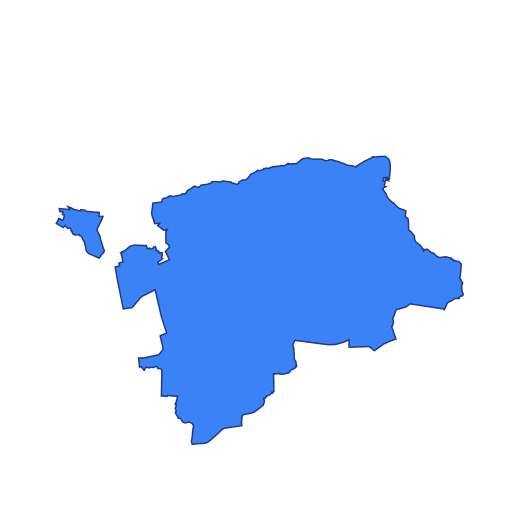 Otumba, México, Mexico (Mercator projection), rotated 323°
{"feature_id": "50627088B37171022679347", "entity_name": "Otumba", "entity_type": "district", "adm_level": 2, "iso_a3": "MEX", "parent_name": "Mexico", "parent_adm1": "México", "projection": "mercator", "projection_center": [-98.764, 19.669], "detail": "fine", "context": "isolated", "style": "filled", "palette": "blue", "viewbox_px": 512, "rotation_deg": 323, "n_neighbors": 0, "source": "geoboundaries", "source_scale": "gbopen_adm2", "svg_char_len": 6147}
<svg xmlns="http://www.w3.org/2000/svg" viewBox="0 0 512 512"><g transform="rotate(323 256 256)"><path d="M409.0,274.5L415.9,267.0L419.4,261.7L420.3,258.6L419.3,254.3L414.1,250.6L410.5,248.5L409.6,247.4L408.6,246.9L408.0,247.3L399.7,245.6L390.7,244.7L389.3,245.2L388.3,243.2L384.7,239.4L383.4,238.3L381.4,234.3L379.7,232.6L379.2,230.8L377.0,228.4L374.6,224.8L372.7,223.4L369.7,222.6L368.7,221.7L367.5,219.3L366.5,218.0L360.2,213.3L358.5,211.6L357.1,209.2L355.5,208.6L355.0,207.9L353.6,207.4L353.0,206.8L351.6,206.4L350.9,206.5L350.0,206.1L349.4,206.5L347.5,206.4L346.3,206.8L343.4,206.5L342.3,205.3L341.0,204.6L340.4,203.8L339.1,203.9L338.2,202.2L337.5,202.2L337.5,201.6L336.9,201.1L336.1,201.4L332.6,200.9L330.4,198.7L329.3,198.5L327.0,197.3L325.9,196.3L323.6,195.3L323.2,194.7L320.7,194.2L320.4,193.9L319.8,193.8L319.4,194.0L316.3,191.5L314.6,191.5L314.5,191.1L314.3,191.3L313.3,190.9L312.3,190.9L310.6,190.2L310.1,190.2L308.9,188.5L306.1,188.7L300.6,187.5L300.1,187.9L296.7,188.9L294.0,189.0L293.3,188.9L290.7,186.9L288.3,187.1L287.3,186.5L285.6,187.6L284.1,187.4L282.6,185.8L282.1,184.4L280.7,183.9L280.7,182.1L274.5,175.9L272.6,175.6L271.0,174.7L268.0,171.8L266.4,171.1L266.0,170.3L265.6,170.1L264.3,170.8L263.6,170.5L259.9,169.2L254.7,166.3L252.0,167.0L249.8,164.8L249.7,164.0L249.2,163.5L246.8,162.9L244.7,163.1L242.0,162.6L240.5,162.6L238.2,163.5L236.3,163.3L234.3,161.9L233.6,162.1L231.6,161.5L225.6,158.7L224.2,156.8L223.3,156.4L222.9,155.9L222.1,155.8L221.7,156.1L220.7,155.6L218.8,155.5L216.8,154.2L214.8,154.6L213.3,156.3L205.5,151.7L198.3,159.1L196.5,163.3L196.3,165.2L196.1,165.1L195.5,166.4L195.8,166.6L194.4,169.1L198.8,171.7L195.8,172.4L197.8,179.9L201.1,181.4L200.2,181.8L199.1,181.8L192.3,190.8L192.0,191.7L193.0,194.6L192.3,196.3L192.4,196.8L186.4,197.8L184.7,206.9L173.3,204.2L174.0,202.0L179.0,201.9L178.7,201.7L182.0,198.4L183.0,196.8L180.5,195.4L181.1,194.1L180.7,192.2L179.5,191.6L180.6,190.0L181.3,188.0L179.4,187.2L177.9,187.9L175.7,186.9L176.0,185.8L173.8,184.9L174.7,181.5L174.5,181.1L172.7,180.7L172.4,179.8L165.0,173.8L161.2,172.4L154.2,172.8L151.6,172.0L151.7,172.9L149.9,172.0L149.9,172.6L146.4,180.6L142.2,179.2L141.2,181.8L136.9,180.1L130.5,192.6L118.2,218.4L125.9,222.6L140.2,219.5L155.1,222.3L144.0,247.4L138.3,263.7L137.3,263.8L135.8,263.0L134.9,263.0L133.0,262.3L131.3,262.2L127.6,271.0L125.7,274.6L119.0,276.4L105.0,269.8L100.8,266.8L96.1,274.6L96.6,274.6L98.1,275.7L97.7,276.2L97.8,279.5L98.0,280.0L98.3,280.0L101.0,278.5L103.1,280.8L106.1,282.3L106.7,283.2L109.5,284.0L110.3,284.8L110.3,285.3L109.9,286.3L110.1,287.0L111.6,288.3L112.3,289.5L112.3,290.4L96.2,310.9L100.2,314.2L100.8,314.6L101.2,314.2L104.8,316.9L104.6,317.2L108.8,320.7L108.0,321.7L106.8,322.5L106.2,323.4L103.8,324.8L103.5,325.5L102.9,325.3L102.4,325.5L102.3,326.1L102.7,326.5L102.6,327.2L101.7,327.6L101.5,328.3L99.8,329.1L98.9,332.1L97.7,332.3L97.2,332.9L96.7,338.4L96.3,338.6L96.5,339.2L97.4,339.7L97.9,340.5L97.5,344.5L98.6,346.3L100.6,347.5L101.7,347.5L102.8,348.4L104.2,351.1L104.0,353.9L100.1,357.7L96.1,362.2L92.9,365.1L91.7,368.0L97.9,371.7L101.8,374.5L105.1,375.7L110.7,375.6L125.2,374.1L126.9,374.4L142.5,382.9L143.9,381.1L143.9,379.8L145.1,379.5L145.6,378.5L146.7,377.6L147.1,376.8L148.8,375.5L149.7,375.1L150.4,375.1L157.4,378.5L161.1,379.7L169.3,379.6L170.6,379.3L172.1,379.6L172.6,378.9L174.6,377.8L175.4,376.9L176.0,375.8L175.9,374.6L176.4,374.4L178.0,375.3L178.7,374.9L178.8,374.4L179.2,374.2L183.6,375.2L185.1,374.7L185.8,375.0L186.4,374.4L186.9,375.5L188.4,374.8L188.8,374.9L193.6,368.2L193.9,368.2L194.2,367.9L194.5,367.0L199.2,360.6L201.0,362.3L202.1,362.7L204.1,364.1L203.9,364.5L205.4,365.9L206.4,366.3L207.3,367.1L211.0,368.7L211.8,369.0L212.2,368.8L212.5,369.1L215.4,368.0L216.8,368.3L217.4,368.8L218.5,368.6L219.1,368.9L219.6,368.9L221.2,368.4L221.9,367.8L221.9,368.5L222.3,368.2L224.3,364.2L224.2,362.6L225.3,360.1L227.8,356.8L229.4,354.1L230.5,353.0L230.4,352.2L231.0,351.6L231.7,349.2L236.3,346.8L260.3,370.3L265.2,373.8L267.5,375.0L274.2,377.6L280.0,379.0L276.7,383.0L275.5,384.9L292.0,396.5L293.5,402.9L304.7,403.1L309.9,404.2L317.8,406.5L322.0,393.7L322.9,393.9L325.6,391.9L326.8,390.1L327.4,388.5L335.8,383.2L336.1,383.5L345.2,386.9L350.3,387.0L373.7,410.9L374.0,412.3L380.7,408.6L386.6,409.5L388.2,409.5L389.7,410.0L391.1,411.1L392.0,411.4L391.9,411.8L392.5,412.1L392.8,412.1L393.2,411.5L394.6,411.2L395.9,411.6L397.4,411.6L397.3,412.0L397.7,411.9L398.3,411.3L399.0,409.8L399.0,408.9L402.0,403.8L404.9,401.9L404.9,398.7L405.3,398.7L405.7,395.7L407.2,394.8L415.1,386.1L414.7,382.6L412.2,379.7L410.8,378.4L411.5,377.9L410.1,375.8L410.7,375.1L409.0,373.3L408.3,372.1L406.7,370.5L404.4,369.4L403.7,368.7L402.2,368.2L400.6,366.0L400.0,364.1L399.6,360.8L398.0,358.8L397.6,356.6L396.7,353.4L396.1,353.0L394.9,353.2L394.5,352.7L392.8,352.7L393.7,351.6L394.0,351.4L393.2,350.1L393.7,349.4L393.6,346.3L392.2,341.8L392.4,338.8L394.7,335.0L394.3,329.4L393.6,327.0L396.9,322.5L399.4,318.7L399.9,317.3L399.0,314.6L399.1,313.8L400.2,312.8L401.3,312.1L402.8,310.1L402.6,309.5L399.0,304.1L398.2,300.8L397.8,297.8L398.1,297.3L397.0,294.8L396.3,290.3L396.3,289.0L396.4,287.5L397.1,285.1L397.7,278.3L401.5,278.7L400.6,277.4L400.7,277.1L404.2,274.1L403.3,273.4L402.5,272.4L403.9,271.1L405.3,270.3L406.6,271.2L404.7,273.4L405.8,273.9L407.2,275.8L407.9,274.6L407.2,273.7L407.5,271.8L408.0,272.1L409.0,274.5ZM127.4,99.7L126.0,102.4L128.4,104.6L126.4,106.3L127.4,107.9L126.4,109.2L124.6,110.5L122.9,111.1L122.5,110.5L121.8,108.3L121.1,107.3L119.4,108.4L116.1,109.8L119.3,117.3L122.0,116.7L121.8,118.3L122.3,120.8L124.5,121.7L124.3,123.1L123.5,124.7L123.7,124.8L123.7,125.3L123.4,126.2L123.7,126.4L123.2,127.4L123.1,128.7L123.9,129.6L124.0,130.3L127.5,132.4L127.3,133.6L128.3,135.2L128.3,136.7L127.7,138.2L127.3,141.6L125.2,146.6L123.5,149.8L123.8,153.2L129.5,163.4L130.7,163.1L133.6,161.8L136.1,161.7L138.3,160.5L138.5,158.4L142.1,148.7L143.3,146.2L144.6,139.2L155.8,133.5L157.6,132.3L154.4,129.8L157.0,126.9L146.8,117.7L147.0,116.4L146.6,116.0L143.9,113.7L143.5,114.4L143.2,114.4L141.6,112.9L138.9,109.7L137.2,106.1L136.6,105.5L135.6,103.5L135.2,106.8L127.4,99.7Z" fill="#3b82f6" stroke="#1e3a8a" stroke-width="1.5"/></g></svg>